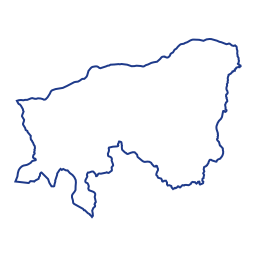 Pante Macassar, Ambeno, East Timor
{"feature_id": "22284137B41915999739632", "entity_name": "Pante Macassar", "entity_type": "district", "adm_level": 2, "iso_a3": "TLS", "parent_name": "East Timor", "parent_adm1": "Ambeno", "projection": "orthographic", "projection_center": [124.394, -9.27], "detail": "fine", "context": "isolated", "style": "outline", "palette": "blue", "viewbox_px": 256, "rotation_deg": 0, "n_neighbors": 0, "source": "geoboundaries", "source_scale": "gbopen_adm2", "svg_char_len": 5772}
<svg xmlns="http://www.w3.org/2000/svg" viewBox="0 0 256 256"><path d="M92.0,217.0L92.9,215.8L92.7,213.1L92.2,210.7L93.3,208.0L95.0,206.5L95.1,205.6L94.5,204.2L95.0,203.6L95.1,202.8L95.7,202.3L95.8,201.9L94.7,197.0L95.2,195.0L95.2,193.9L94.7,192.9L94.1,192.3L93.1,191.7L89.2,190.3L88.7,189.7L88.3,188.5L88.8,186.2L88.1,184.2L87.5,183.2L86.1,182.6L85.7,182.3L85.4,181.8L85.3,181.1L85.5,180.0L87.3,176.6L87.3,176.1L86.9,175.1L87.2,173.8L88.0,172.5L89.2,172.5L91.5,171.6L93.0,171.5L93.7,172.0L95.7,174.4L96.1,176.1L96.7,176.1L97.3,175.6L98.2,174.0L99.1,173.5L100.9,173.7L106.2,172.6L106.7,172.3L107.8,172.8L108.7,172.9L111.8,170.6L111.9,169.7L111.6,167.5L111.7,167.2L113.1,165.5L113.0,164.4L111.6,160.4L111.9,159.2L111.7,158.2L110.6,157.0L108.5,156.2L108.1,155.7L107.9,153.7L108.8,151.4L109.0,150.0L108.7,148.2L109.0,147.6L112.8,146.7L117.0,146.4L118.0,146.1L118.3,145.5L117.9,144.5L118.0,144.0L118.7,142.9L118.8,142.0L119.1,141.5L120.6,141.8L121.3,142.2L121.6,143.3L121.7,144.8L122.0,145.7L121.8,146.8L122.0,149.1L122.3,149.9L124.9,152.4L126.1,153.0L126.5,153.6L127.8,154.0L130.7,152.8L132.9,152.2L134.7,152.3L137.1,154.7L137.5,156.7L137.9,157.2L142.5,161.0L143.6,161.6L144.7,161.9L147.6,161.6L149.4,161.8L151.2,162.8L151.8,163.9L153.9,166.3L155.2,166.6L156.0,165.8L156.4,165.8L157.1,166.2L157.2,167.3L157.9,168.5L158.0,169.9L157.9,170.3L157.0,172.0L156.3,174.1L156.3,174.6L156.4,175.2L157.4,176.1L157.9,177.5L158.3,177.8L161.2,178.6L161.8,179.7L162.1,181.1L162.5,181.5L163.4,181.4L164.1,180.8L165.9,180.7L167.0,182.5L167.0,184.4L167.7,185.5L169.2,185.2L171.1,185.9L171.4,186.2L171.6,187.4L173.0,189.0L173.3,188.7L173.9,188.7L174.3,188.2L174.8,187.9L175.1,187.8L175.7,188.2L177.0,187.4L177.8,186.4L178.6,186.4L179.4,187.3L180.2,187.4L182.4,185.2L183.3,185.2L184.0,185.5L184.7,185.0L186.0,184.9L188.6,185.2L189.3,184.9L191.0,183.7L191.5,182.5L192.8,181.9L193.8,182.2L194.9,182.1L195.7,183.0L196.5,183.6L197.5,182.7L198.0,181.8L199.2,181.6L199.6,182.2L199.3,182.9L199.5,183.8L200.1,184.5L202.6,183.5L203.1,183.1L203.3,181.7L202.5,181.0L202.3,180.5L202.5,178.8L203.1,178.2L203.6,178.0L203.6,176.9L204.1,175.0L203.2,173.3L204.3,171.4L203.7,169.5L204.0,167.5L204.2,167.0L206.0,166.2L206.5,165.5L207.1,165.3L207.5,164.3L208.3,163.4L208.5,162.3L209.5,160.2L210.0,159.8L211.1,159.8L212.2,160.5L216.1,161.7L216.5,161.6L216.9,160.6L217.4,160.0L218.2,159.4L220.3,158.6L220.8,157.7L221.3,157.3L222.4,155.6L223.1,153.5L223.2,151.4L222.9,150.4L222.8,148.4L220.3,145.6L219.9,145.5L219.0,142.0L217.4,140.3L217.0,139.2L217.2,138.8L217.7,138.4L217.8,137.8L217.6,136.6L218.0,136.0L218.0,134.9L217.7,134.1L217.9,133.3L216.6,129.3L216.4,127.8L216.5,126.2L217.7,122.9L219.0,120.8L221.0,118.8L222.0,116.9L223.0,111.7L223.3,111.0L224.1,111.0L224.7,111.7L225.3,111.9L226.1,111.4L226.5,110.8L226.5,110.1L225.5,109.2L225.6,107.6L225.1,104.8L225.6,103.8L226.0,102.5L226.9,101.8L227.3,101.2L227.0,99.4L226.5,98.4L226.7,97.7L226.1,96.7L226.1,95.8L226.2,94.6L227.3,93.7L227.7,92.8L227.3,90.9L226.7,90.0L226.4,89.0L226.5,87.2L227.1,85.7L226.9,84.1L227.8,82.6L227.6,81.3L228.0,80.2L227.7,78.2L228.2,76.2L228.6,75.6L228.6,74.8L230.8,73.6L232.1,72.2L232.5,71.4L233.2,71.5L233.8,70.9L234.9,70.7L234.8,69.4L236.0,68.6L236.1,68.0L236.4,67.6L238.2,67.1L239.2,67.2L239.2,66.6L239.7,66.2L240.2,66.6L240.6,66.3L240.5,65.5L238.9,64.7L237.9,63.9L237.9,63.7L238.6,63.4L238.6,62.1L239.0,60.9L238.6,59.7L238.6,58.0L237.5,56.1L237.6,55.0L237.2,53.7L237.4,50.9L236.8,49.0L236.7,47.1L236.3,46.3L235.2,45.8L235.0,45.4L233.7,45.9L232.0,45.5L229.6,43.6L228.5,43.6L228.0,43.9L226.4,44.2L221.3,42.2L219.4,41.8L217.0,40.7L211.3,39.1L209.6,39.0L206.5,39.4L203.5,40.8L199.2,39.8L193.7,39.6L192.3,39.7L190.4,40.4L187.3,42.2L185.0,43.0L183.9,43.7L180.9,44.2L179.9,44.8L177.9,46.7L176.4,48.6L174.6,49.7L173.0,52.4L171.5,53.2L170.6,53.9L169.8,55.8L169.1,56.6L168.0,57.4L167.0,57.6L164.6,56.8L164.6,56.6L164.1,56.5L162.3,56.8L161.5,57.3L160.1,59.0L157.1,61.7L153.6,62.3L151.3,62.9L148.0,64.5L146.0,65.1L143.8,66.4L142.9,66.5L140.7,66.0L136.5,65.7L134.4,66.1L131.6,66.2L127.2,64.7L121.6,64.0L119.8,64.3L118.6,64.1L114.2,64.5L110.5,64.7L109.2,65.5L107.6,65.7L106.0,66.4L100.4,68.2L99.3,67.9L98.1,66.9L96.9,66.4L95.2,66.4L92.5,66.9L91.5,67.4L90.4,68.5L88.5,70.9L87.1,75.7L86.4,76.9L84.4,78.8L83.6,78.9L82.9,78.8L81.9,79.1L79.8,80.6L78.0,81.6L75.5,81.9L74.2,82.2L67.1,85.9L62.8,87.9L55.5,89.1L52.1,90.3L50.9,91.4L49.8,93.8L47.5,97.4L45.5,99.4L44.0,99.7L42.5,99.0L40.6,98.5L38.0,98.3L36.3,98.8L34.9,98.8L32.2,98.1L30.9,98.4L27.2,99.9L24.9,99.9L23.4,100.3L21.0,100.0L18.9,100.2L16.9,100.8L18.3,103.5L18.9,104.1L19.8,104.4L21.0,105.8L22.9,109.2L23.1,110.6L23.6,111.5L22.1,115.4L22.0,116.3L24.1,119.8L23.9,121.2L23.0,123.7L23.0,124.3L23.3,125.0L25.1,127.9L25.7,130.0L27.3,130.9L27.7,132.2L30.8,135.9L30.6,137.3L30.9,139.6L32.0,140.7L32.2,141.6L33.0,142.5L33.8,144.8L34.6,145.8L34.9,147.1L34.9,148.7L34.4,149.7L34.7,150.6L34.1,152.2L34.7,153.1L34.6,153.7L33.6,154.8L33.2,155.9L33.0,157.0L33.1,157.5L33.6,158.1L35.4,158.8L35.8,159.9L35.6,160.2L33.0,160.8L31.9,161.3L30.7,162.8L28.4,164.2L26.8,164.9L23.4,165.6L22.0,166.3L20.6,167.5L19.6,168.7L18.7,170.2L17.9,172.9L17.4,176.5L15.4,181.5L28.4,183.0L29.0,182.8L30.2,181.3L30.7,181.1L32.3,181.3L33.4,181.2L34.1,181.6L35.5,180.4L38.6,178.8L39.1,176.9L39.9,175.9L40.1,173.8L40.9,172.7L41.5,172.5L48.1,179.1L49.4,182.9L51.5,186.3L53.6,186.4L54.1,186.2L54.3,185.9L54.5,184.3L55.3,181.6L55.2,180.6L57.1,174.9L57.2,173.5L59.6,169.9L60.6,168.9L61.8,169.9L63.2,169.0L66.0,170.4L67.6,170.4L69.8,173.0L72.5,175.0L73.0,175.6L74.3,177.2L75.7,180.1L75.9,182.5L75.6,186.2L75.5,190.0L74.7,191.5L72.4,194.5L72.0,195.6L72.0,197.4L72.9,200.4L73.2,202.9L74.1,203.9L82.9,208.8L83.5,209.4L83.9,210.2L84.8,210.2L87.9,213.2L89.7,214.2L90.0,214.9L90.6,215.2L92.0,217.0Z" fill="none" stroke="#1e3a8a" stroke-width="2"/></svg>